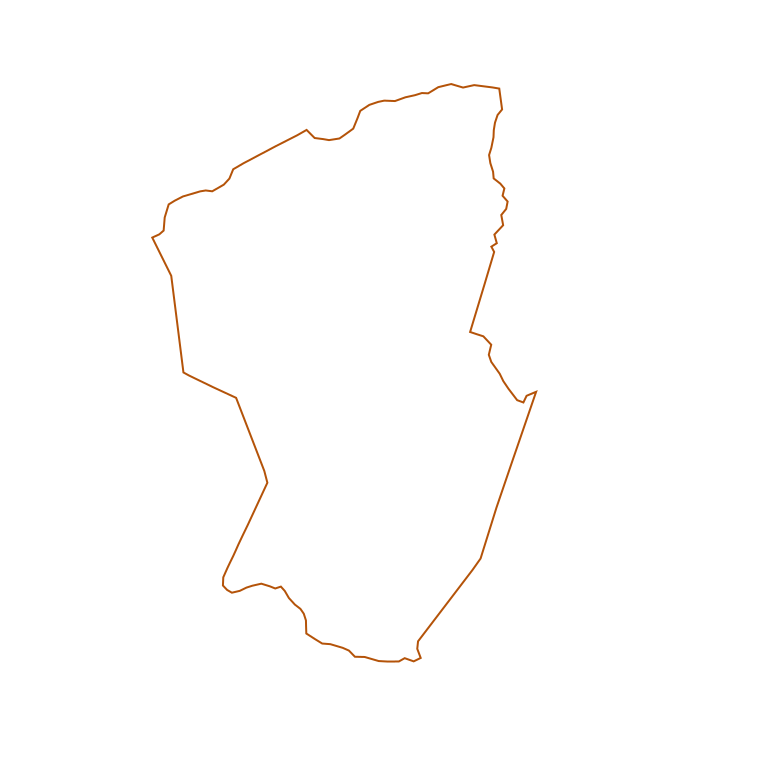 the district of Palmeira dos Índios, Alagoas, Brazil, rotated 64°
{"feature_id": "56859067B22177061917050", "entity_name": "Palmeira dos Índios", "entity_type": "district", "adm_level": 2, "iso_a3": "BRA", "parent_name": "Brazil", "parent_adm1": "Alagoas", "projection": "mercator", "projection_center": [-36.61, -9.412], "detail": "fine", "context": "isolated", "style": "outline", "palette": "amber", "viewbox_px": 768, "rotation_deg": 64, "n_neighbors": 0, "source": "geoboundaries", "source_scale": "gbopen_adm2", "svg_char_len": 1737}
<svg xmlns="http://www.w3.org/2000/svg" viewBox="0 0 768 768"><g transform="rotate(64 384 384)"><path d="M169.0,150.9L165.0,156.5L154.9,171.9L152.2,183.0L143.8,192.2L142.5,198.2L141.0,205.1L142.1,216.9L139.1,222.4L138.0,229.5L135.7,239.1L134.5,250.1L129.4,259.6L127.9,265.6L126.7,274.8L128.1,285.6L133.3,291.1L141.0,299.7L142.8,309.9L143.8,316.4L140.7,326.5L137.3,331.2L132.5,338.5L121.7,342.2L122.4,353.0L122.8,376.8L124.0,413.4L124.9,425.4L131.6,432.9L134.6,440.6L135.5,453.9L131.9,459.4L130.3,464.7L127.3,482.5L127.5,491.7L128.2,498.8L138.2,508.1L149.5,514.8L151.0,520.4L150.8,528.1L193.5,527.8L244.3,545.1L285.7,559.2L290.8,555.6L296.3,551.3L311.7,539.2L331.6,523.0L409.7,529.7L421.6,532.1L450.7,567.9L458.4,577.7L464.4,585.2L468.7,590.3L472.4,594.8L476.6,600.2L480.5,605.1L487.3,613.2L494.5,617.1L500.3,615.3L504.9,612.2L506.7,604.3L506.7,596.9L507.6,590.7L509.7,581.8L515.8,575.3L520.1,571.4L520.9,565.5L526.5,563.9L534.7,563.3L543.2,560.8L549.5,557.7L555.3,556.8L562.3,557.8L567.5,560.2L574.2,563.2L582.8,558.0L590.2,553.3L594.3,546.3L603.0,536.8L608.2,532.4L616.4,529.7L620.9,521.0L630.7,510.2L635.0,502.5L639.9,492.3L639.5,485.6L646.3,478.9L646.3,471.1L636.6,470.2L630.2,466.2L590.0,386.1L583.2,373.7L544.4,337.1L509.7,302.6L498.5,291.4L457.7,250.7L457.1,261.0L461.7,266.8L456.9,271.4L442.9,274.2L433.8,275.5L425.5,275.5L411.2,277.9L403.7,277.0L395.7,270.4L384.7,273.8L379.9,278.8L375.0,283.8L338.3,249.8L313.6,227.1L307.6,227.3L306.9,220.9L298.1,219.3L293.5,207.3L283.5,204.5L280.2,197.4L274.2,192.9L266.8,194.9L261.0,190.1L255.0,191.6L247.3,195.3L241.0,192.9L232.1,191.6L224.3,189.2L218.8,184.0L210.2,177.4L203.9,174.0L197.8,169.7L192.0,164.0L189.0,157.5L169.0,150.9Z" fill="none" stroke="#b45309" stroke-width="2"/></g></svg>